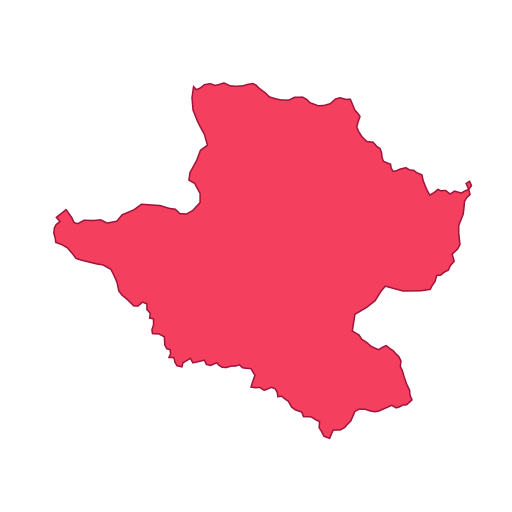 Gameleira de Goiás, Goiás, Brazil, rotated 8°
{"feature_id": "56859067B59068053253538", "entity_name": "Gameleira de Goiás", "entity_type": "district", "adm_level": 2, "iso_a3": "BRA", "parent_name": "Brazil", "parent_adm1": "Goiás", "projection": "natural_earth1", "projection_center": [-48.667, -16.409], "detail": "fine", "context": "isolated", "style": "filled", "palette": "rose", "viewbox_px": 512, "rotation_deg": 8, "n_neighbors": 0, "source": "geoboundaries", "source_scale": "gbopen_adm2", "svg_char_len": 3209}
<svg xmlns="http://www.w3.org/2000/svg" viewBox="0 0 512 512"><g transform="rotate(8 256 256)"><path d="M170.6,97.0L170.6,108.2L173.3,120.2L179.0,130.2L182.5,135.4L188.1,142.9L192.5,153.0L186.3,159.0L184.0,169.4L179.0,182.6L179.0,190.2L185.2,192.7L191.9,201.8L193.2,210.8L187.0,219.8L181.3,224.1L174.6,224.6L169.6,220.9L163.3,220.9L154.1,219.4L135.4,220.7L128.5,227.4L117.7,233.8L113.3,240.9L104.0,244.1L97.2,241.8L90.0,243.5L80.8,244.5L75.2,248.7L71.4,248.4L68.1,243.5L61.5,236.5L52.9,245.6L57.1,249.1L53.7,252.7L52.4,256.4L52.6,261.6L54.6,266.0L55.8,270.4L61.9,271.7L68.1,274.2L74.1,279.4L78.0,283.4L83.4,284.4L99.0,286.0L105.6,286.1L114.3,289.5L118.2,295.2L122.1,301.6L125.0,309.7L128.9,313.5L134.9,317.2L141.9,322.4L146.0,322.0L150.1,317.5L154.7,318.7L155.4,324.2L159.3,327.5L159.3,332.3L163.2,332.5L164.1,338.2L163.2,343.6L164.3,347.3L170.6,346.7L176.5,348.8L178.0,356.7L180.6,360.3L184.0,360.7L185.0,364.6L183.9,368.6L188.8,368.1L190.6,372.6L193.1,375.7L198.1,376.1L198.5,372.0L205.3,366.5L208.3,370.6L212.9,368.9L219.4,366.3L222.0,370.3L226.3,370.7L231.9,367.2L234.6,369.4L237.9,370.9L242.1,370.6L246.7,368.5L251.2,367.8L254.7,366.1L258.3,368.6L263.0,368.5L266.6,368.2L271.5,374.2L270.4,380.1L269.3,386.5L274.0,386.5L278.0,385.6L282.8,387.9L289.6,383.9L293.6,384.9L296.1,388.3L297.2,392.3L300.8,391.3L304.9,393.7L308.3,395.4L312.2,400.6L316.3,402.9L323.0,404.2L325.4,408.5L328.8,408.0L333.3,407.7L338.7,410.2L342.0,411.1L342.4,417.2L344.9,420.1L348.4,425.1L354.3,426.3L356.6,417.7L363.7,416.5L367.7,413.4L369.8,410.2L372.9,406.0L375.6,396.1L379.4,393.3L385.5,392.6L390.3,393.5L395.3,393.7L398.9,392.6L411.2,385.0L416.0,386.9L419.1,385.4L422.3,383.1L425.8,382.4L430.5,376.8L427.9,372.5L426.8,367.6L423.0,361.9L419.2,354.5L416.9,349.2L414.2,345.0L414.2,339.8L411.3,335.6L408.0,333.3L405.2,330.8L401.4,329.0L397.3,326.6L394.1,328.7L390.4,331.7L386.2,330.6L382.0,329.1L377.7,326.2L372.3,323.7L369.1,320.0L361.8,316.8L362.1,299.9L372.7,291.5L380.1,283.8L384.9,273.1L388.3,267.9L406.5,270.2L424.1,267.5L433.2,264.8L434.6,260.6L436.8,256.4L437.7,250.1L441.6,249.2L444.8,245.7L448.5,243.2L449.8,238.5L453.0,233.6L450.0,226.9L454.6,221.1L456.4,216.3L453.5,204.8L452.5,197.5L455.3,186.0L455.3,181.6L455.1,176.8L454.9,172.9L456.4,169.1L459.4,165.3L457.4,160.5L453.3,162.8L450.7,165.1L443.6,164.1L439.6,167.6L434.6,164.7L430.0,165.7L426.9,164.7L423.5,168.4L419.6,171.5L416.5,167.4L413.4,162.3L410.9,157.8L409.1,152.6L403.2,151.0L400.3,149.2L396.2,149.4L392.2,147.7L386.7,149.8L382.9,152.2L379.8,153.1L377.6,150.0L376.4,146.3L372.8,145.5L368.9,144.4L367.1,140.8L366.0,136.4L364.1,132.5L360.4,130.7L356.1,127.0L349.9,127.2L344.7,123.5L340.8,119.1L337.8,114.3L338.5,108.6L339.6,103.4L337.1,100.7L333.5,97.6L329.9,91.5L327.6,87.6L323.2,88.4L317.1,87.6L312.8,89.5L308.4,94.8L302.6,97.4L296.7,98.6L292.0,97.5L288.3,96.8L284.6,94.0L280.1,92.2L272.0,93.5L267.0,97.0L262.6,97.6L258.7,98.0L252.6,97.5L246.9,96.5L243.0,93.5L239.5,91.5L235.4,89.2L232.2,86.7L228.8,85.7L223.9,87.2L219.2,89.4L212.6,90.7L206.8,91.1L200.2,89.1L195.7,91.3L191.7,92.8L186.7,91.7L181.0,93.6L177.4,97.4L173.8,99.6L170.6,97.0ZM457.4,160.5L459.6,156.3L457.1,152.3L454.0,154.9L457.4,160.5Z" fill="#f43f5e" stroke="#9f1239" stroke-width="1.5"/></g></svg>